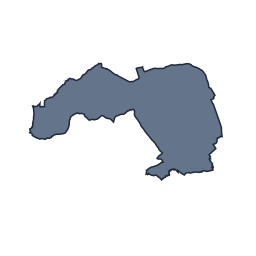 Hulubesti, Dâmbovita, Romania, rotated 248°
{"feature_id": "2599482B41266636799835", "entity_name": "Hulubesti", "entity_type": "district", "adm_level": 2, "iso_a3": "ROU", "parent_name": "Romania", "parent_adm1": "Dâmbovita", "projection": "orthographic", "projection_center": [25.25, 44.872], "detail": "fine", "context": "isolated", "style": "filled", "palette": "slate", "viewbox_px": 256, "rotation_deg": 248, "n_neighbors": 0, "source": "geoboundaries", "source_scale": "gbopen_adm2", "svg_char_len": 5783}
<svg xmlns="http://www.w3.org/2000/svg" viewBox="0 0 256 256"><g transform="rotate(248 128 128)"><path d="M160.8,211.5L162.1,210.5L162.9,210.3L164.3,209.1L165.1,207.6L165.3,207.5L165.6,206.8L166.6,201.5L167.5,199.9L168.4,195.8L168.9,195.0L169.1,193.9L169.9,192.9L170.3,191.8L170.2,188.6L170.6,186.0L170.0,184.6L169.9,183.9L170.0,183.3L170.1,182.6L170.8,181.3L172.0,177.8L173.4,175.1L173.7,172.7L173.9,164.5L174.1,164.2L177.1,164.1L179.2,164.4L179.3,162.3L179.8,161.1L179.9,160.8L180.2,158.2L180.1,157.9L171.3,157.3L170.2,156.8L169.4,155.6L169.6,155.2L169.7,154.0L169.1,150.8L170.3,146.6L180.2,138.1L181.3,137.8L181.9,136.4L185.3,134.2L188.2,132.7L190.1,131.1L190.9,130.7L190.8,130.3L193.1,127.5L194.6,126.2L196.2,127.2L197.8,127.4L198.8,124.7L198.2,124.5L198.1,123.7L198.0,121.8L197.8,120.4L197.0,118.2L196.9,116.7L196.4,116.3L196.1,114.7L196.6,113.7L196.3,112.2L195.0,110.2L194.0,108.1L194.1,106.2L193.5,105.6L193.3,104.6L192.6,103.9L191.7,102.7L191.5,101.1L191.5,100.1L191.3,98.8L191.2,98.6L191.9,97.1L192.2,96.8L192.9,96.5L193.0,96.1L193.8,95.7L194.2,95.1L194.5,93.9L195.7,93.1L195.8,92.3L195.3,91.3L195.4,91.0L195.6,90.8L195.5,90.6L195.3,90.4L195.0,90.6L194.5,90.2L194.8,89.1L194.9,87.6L193.9,87.1L193.8,86.9L192.4,85.5L192.3,85.0L192.3,84.5L192.5,84.2L192.5,83.7L191.9,82.7L191.8,82.3L191.7,82.2L191.8,81.9L191.5,81.6L190.9,79.9L189.4,77.1L188.8,76.3L187.9,76.2L187.9,75.9L187.4,75.6L187.4,75.4L187.1,75.4L186.8,74.7L186.8,74.1L187.1,73.9L186.8,73.6L186.9,73.2L186.6,72.9L186.5,72.7L186.5,72.3L186.2,72.4L186.2,71.9L185.5,71.1L185.0,69.8L184.8,68.7L185.5,68.0L185.3,67.5L185.6,67.0L185.5,66.5L185.3,66.0L185.3,65.2L185.7,63.7L185.0,62.4L184.5,60.9L182.9,60.1L179.2,58.6L179.5,57.2L180.3,56.2L180.3,54.6L181.5,54.4L181.9,54.7L183.8,55.6L183.3,54.9L183.2,53.8L182.3,52.0L182.4,51.3L182.9,49.1L183.4,48.7L183.8,48.7L184.1,47.8L182.1,47.8L179.7,47.2L178.6,46.7L177.6,46.6L175.8,45.9L172.9,44.2L171.4,43.7L170.0,42.7L167.9,41.3L167.2,41.1L166.2,40.5L165.5,40.4L165.1,40.2L164.7,39.9L165.0,39.4L164.9,39.2L164.4,38.9L164.0,38.5L163.9,36.6L162.7,36.3L161.1,36.2L160.5,35.1L159.2,36.7L157.5,36.8L156.9,36.5L154.4,38.4L153.8,39.1L152.8,39.7L152.5,40.3L150.8,42.1L150.7,43.5L149.9,45.0L149.5,45.4L149.3,45.9L148.5,47.0L148.6,47.6L148.9,48.0L148.7,48.7L148.9,49.7L148.4,50.5L147.9,51.0L148.0,52.8L147.9,53.4L148.2,53.8L148.7,53.9L148.9,54.1L148.7,54.6L149.0,55.2L148.8,55.9L149.3,57.3L149.3,58.0L149.1,58.1L149.0,59.0L149.1,59.5L148.6,60.0L148.4,61.0L148.0,61.7L148.0,62.1L147.3,64.2L146.9,67.1L146.9,68.0L149.6,72.0L151.5,73.6L152.9,74.6L156.9,76.5L157.3,76.8L157.7,77.5L159.3,78.7L159.9,79.3L160.3,80.3L160.3,81.2L160.8,82.3L160.7,83.1L160.8,84.2L161.0,84.5L160.9,85.3L161.0,85.8L160.8,86.8L160.3,87.2L160.3,87.7L159.5,88.2L159.2,89.2L159.1,89.8L158.6,90.9L157.5,92.2L157.0,92.6L156.6,92.6L155.3,92.3L151.9,94.1L150.7,94.3L149.8,95.0L149.3,98.4L148.2,99.8L147.9,102.0L147.8,103.0L148.5,105.7L149.2,107.5L149.3,108.6L147.8,110.1L145.8,111.2L144.8,112.2L144.6,112.4L144.4,113.2L143.9,113.6L143.7,114.2L143.3,114.7L142.3,115.4L138.9,116.8L142.2,119.3L142.8,119.9L143.5,121.3L143.3,122.7L143.4,126.2L143.1,127.1L142.9,128.1L142.5,128.7L142.3,129.3L142.4,129.6L142.8,130.2L142.7,130.8L142.9,131.5L143.4,132.7L143.7,132.9L143.6,133.6L143.8,133.9L143.7,136.2L144.1,137.0L143.5,137.6L143.6,138.2L143.4,138.7L143.5,139.3L143.4,139.6L143.1,140.0L141.8,140.5L141.4,140.3L140.9,140.4L139.3,139.5L138.3,139.1L137.6,138.9L136.6,138.8L130.0,140.5L129.5,140.5L127.0,140.9L124.5,140.9L122.1,141.8L118.0,142.7L109.8,145.2L108.5,145.5L107.5,145.9L107.0,146.3L105.7,146.5L104.3,147.3L99.2,148.2L98.8,148.6L96.1,148.8L94.1,149.5L92.1,150.6L91.4,149.3L90.6,146.4L89.3,143.9L88.9,143.5L88.6,143.6L87.7,144.8L87.4,145.9L86.7,147.0L86.1,147.4L84.3,147.5L83.1,147.9L83.1,147.4L83.5,146.9L83.4,145.5L82.8,143.4L82.8,142.8L82.6,142.3L82.4,141.2L82.5,140.1L82.5,138.2L83.0,135.1L82.7,132.4L82.0,130.2L81.9,129.2L80.1,128.7L79.4,128.0L78.5,127.5L78.6,128.1L78.1,128.3L77.9,128.7L78.0,129.6L77.5,129.2L77.5,129.7L77.2,130.5L76.0,131.5L74.1,134.0L74.1,134.3L74.2,135.2L73.6,136.6L72.3,137.2L69.8,138.8L67.3,139.6L67.5,140.2L67.9,140.6L68.1,140.9L67.8,141.6L67.9,142.2L68.3,142.5L68.6,143.3L68.6,143.7L68.3,144.1L68.4,144.5L68.7,144.9L69.3,145.1L69.0,145.4L68.9,146.0L68.8,146.3L68.8,146.7L69.2,146.8L69.3,147.1L68.6,148.5L68.8,148.9L69.5,148.9L69.8,148.3L70.4,148.9L70.6,149.2L71.5,149.3L71.5,149.6L71.8,150.0L72.6,149.9L72.4,150.3L72.4,151.3L73.0,151.4L72.9,151.8L73.3,152.1L73.2,152.3L72.8,152.6L72.9,153.3L73.2,153.5L73.0,153.8L73.0,154.6L71.8,154.9L71.9,155.4L72.3,155.7L72.3,156.1L68.3,157.8L69.9,158.3L65.8,160.6L63.3,162.6L63.6,163.3L64.5,164.6L64.4,165.7L63.8,167.8L63.0,168.6L62.8,169.1L62.6,171.0L62.4,171.6L62.4,172.6L62.0,173.4L61.7,174.7L60.3,177.0L60.3,177.6L59.6,179.1L59.7,179.4L60.2,179.7L59.7,180.4L59.7,180.8L60.4,181.4L60.4,181.6L59.9,182.2L59.7,182.9L58.7,184.0L58.1,185.2L57.9,186.4L57.8,186.9L57.8,187.6L57.6,187.9L57.7,188.3L57.6,188.6L57.6,189.0L57.3,189.6L57.2,191.0L59.6,191.0L59.2,192.1L60.6,192.5L60.6,191.8L60.8,191.6L63.2,192.5L63.2,192.9L63.5,192.9L63.6,192.5L66.6,192.2L67.1,191.7L68.7,191.6L68.8,191.7L68.5,193.0L70.3,192.8L70.5,193.7L72.9,193.2L76.0,201.7L80.9,200.8L81.0,201.3L80.8,202.4L80.8,203.6L81.3,204.7L81.6,204.9L82.0,205.0L82.2,205.4L84.5,206.6L84.7,207.0L85.0,207.0L84.8,207.6L84.9,208.0L85.2,208.5L85.0,209.2L85.3,209.4L85.4,209.8L85.2,210.3L85.6,211.1L85.0,211.5L84.7,212.0L88.9,213.1L93.2,214.7L96.3,215.0L116.8,216.0L118.4,216.0L119.4,215.7L123.1,215.5L123.1,218.2L123.6,218.9L124.4,218.8L124.9,219.1L125.8,220.9L133.9,219.6L134.2,219.0L134.8,218.7L135.2,218.2L138.9,219.1L141.6,219.3L143.5,219.1L144.6,219.4L147.5,219.7L148.6,219.6L152.9,218.5L154.5,217.6L155.4,216.7L156.6,216.0L158.7,214.0L160.8,211.5Z" fill="#64748b" stroke="#1e293b" stroke-width="1.5"/></g></svg>